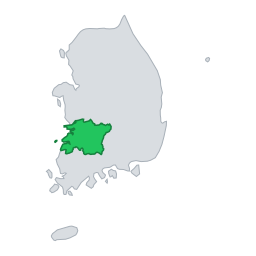 South Korea, with North Jeolla highlighted
{"feature_id": "KOR-2499", "entity_name": "North Jeolla", "entity_type": "Province", "adm_level": 1, "iso_a3": "KOR", "parent_name": "South Korea", "parent_adm1": "", "projection": "orthographic", "projection_center": [126.968, 35.705], "detail": "fine", "context": "in_parent", "style": "filled", "palette": "green", "viewbox_px": 256, "rotation_deg": 0, "n_neighbors": 0, "source": "natural_earth", "source_scale": "10m", "svg_char_len": 5694}
<svg xmlns="http://www.w3.org/2000/svg" viewBox="0 0 256 256"><path d="M68.1,50.6L69.2,49.8L69.2,48.7L69.2,45.0L72.1,42.4L76.2,37.1L78.2,34.3L80.5,31.6L83.1,29.8L85.7,28.9L89.7,28.5L97.5,28.8L99.0,28.5L104.4,28.2L105.7,28.7L109.7,28.9L114.0,28.6L116.2,27.8L118.2,26.4L119.9,24.0L121.7,19.5L123.6,16.0L124.7,15.4L133.0,33.8L140.9,45.6L147.6,54.2L157.3,70.7L160.3,79.6L160.7,85.1L162.4,92.7L161.2,97.1L161.8,104.0L161.3,107.5L160.2,110.2L160.3,115.2L160.7,117.8L160.8,121.4L161.6,122.7L162.7,123.2L164.4,121.9L166.5,121.3L166.3,125.6L164.0,136.5L161.9,144.4L159.1,151.3L155.3,157.7L150.7,160.2L147.4,161.2L141.2,161.6L136.0,160.6L131.5,161.5L129.7,162.8L128.4,165.1L129.5,168.5L129.4,171.1L127.5,170.9L123.6,169.5L119.4,169.3L117.5,168.6L115.4,165.0L113.4,165.1L109.9,167.3L104.5,167.9L102.6,169.1L102.0,170.6L102.8,172.5L105.5,175.0L104.6,177.6L101.8,178.9L99.5,175.7L98.0,172.7L96.5,172.5L94.0,173.4L93.5,176.7L94.7,179.0L96.6,181.6L93.9,184.6L93.2,186.8L91.3,188.3L86.1,184.9L86.9,182.5L89.1,180.1L89.4,177.7L88.6,176.2L81.3,182.4L76.7,189.4L74.3,188.9L73.2,187.1L71.8,186.3L66.9,190.8L66.0,194.4L64.1,194.5L63.4,193.0L63.3,189.8L62.5,187.0L57.4,183.0L55.1,179.6L56.4,177.6L60.6,178.7L64.0,178.6L63.3,176.9L62.2,176.2L64.5,175.2L66.3,173.3L64.8,172.8L62.4,173.9L60.5,173.4L59.7,168.8L57.3,164.1L56.1,159.6L58.5,157.0L59.7,153.0L61.9,147.1L63.0,145.2L66.1,143.9L67.2,142.4L65.5,141.6L62.9,140.9L62.9,139.2L64.7,138.3L66.8,136.4L70.7,134.1L71.9,129.9L70.8,128.8L68.3,127.8L68.9,125.6L69.9,124.0L69.5,123.0L66.7,120.2L64.8,117.6L65.4,114.7L64.9,110.4L65.2,106.7L65.1,104.7L63.7,100.2L63.1,95.7L61.3,96.4L59.8,97.5L54.6,95.9L52.9,95.7L52.3,92.4L54.2,88.3L58.7,84.7L61.2,84.3L63.2,82.7L66.2,82.2L69.8,84.7L73.0,85.2L74.8,89.4L75.9,90.3L76.2,88.8L78.8,86.9L79.4,85.6L78.8,84.8L75.8,84.1L73.1,78.8L72.8,76.5L71.8,75.0L73.2,70.8L70.1,66.0L68.6,64.5L68.9,60.2L67.3,57.4L66.4,55.9L65.8,53.3L66.3,52.1L67.7,51.7L68.1,50.6ZM56.8,239.7L55.3,240.6L53.8,240.1L53.4,239.6L51.7,237.3L51.3,236.0L52.5,233.7L57.3,229.9L69.7,226.3L71.9,226.1L76.8,227.7L77.8,230.7L76.9,233.2L75.8,234.9L70.1,237.8L65.7,239.2L56.8,239.7ZM139.6,173.9L136.4,176.5L132.0,173.2L130.9,171.3L134.2,168.4L136.9,165.2L138.7,165.0L139.6,173.9ZM116.5,173.9L116.2,178.0L113.8,178.2L112.3,175.6L110.8,176.9L110.0,176.9L108.8,173.7L108.5,171.2L111.4,169.2L113.1,170.4L115.6,170.9L116.5,173.9ZM53.9,192.1L51.8,192.7L50.5,191.3L49.7,190.9L50.2,189.0L53.8,185.4L54.5,184.1L57.8,184.9L59.0,186.9L57.4,189.8L53.9,192.1ZM64.4,52.4L64.2,57.9L62.4,57.7L61.2,57.1L60.7,56.0L59.5,50.9L60.9,48.9L63.5,50.5L64.4,52.4ZM52.0,177.1L51.5,178.1L50.0,177.8L48.5,174.9L47.9,172.7L46.4,171.4L48.8,169.5L51.9,173.0L52.0,177.1ZM60.7,104.1L60.3,106.7L58.1,105.0L57.5,99.1L59.7,100.8L60.7,104.1ZM209.1,60.6L207.7,61.9L205.8,60.7L205.6,59.4L206.4,58.2L208.6,57.5L209.6,58.4L209.1,60.6ZM71.7,193.3L72.3,195.3L69.5,194.9L68.1,193.0L68.3,191.4L69.9,191.1L71.7,193.3ZM107.5,181.9L107.1,183.2L105.4,181.3L107.1,179.2L107.5,181.9Z" fill="#d9dde1" stroke="#a8b0b8" stroke-width="1"/><path d="M61.1,150.6L60.7,150.1L60.5,149.7L60.8,148.7L61.3,147.5L62.3,145.3L63.0,144.2L64.2,143.8L65.4,143.6L66.5,143.5L67.0,143.1L67.5,142.5L68.1,142.3L68.7,143.0L69.3,143.7L69.8,143.9L69.4,142.3L69.1,141.6L68.5,141.3L63.8,142.1L62.1,141.0L62.2,139.9L62.2,139.5L63.0,139.1L63.7,138.4L64.4,137.7L65.4,137.1L66.6,136.4L67.6,135.1L67.7,133.9L68.2,133.6L68.6,133.3L68.8,133.1L70.0,133.0L71.2,133.2L72.0,133.8L72.5,133.9L72.8,134.5L73.0,134.2L73.1,133.7L73.2,133.2L72.7,132.9L72.4,132.6L71.7,132.3L71.0,131.8L70.4,131.4L70.1,131.2L70.2,130.8L70.5,130.5L70.8,130.2L71.1,130.2L73.0,130.3L73.4,130.3L73.7,130.1L73.9,129.7L73.9,129.4L74.1,129.2L74.6,129.1L74.5,128.7L74.2,128.4L73.8,128.2L73.7,128.3L71.2,129.3L70.4,129.3L68.8,129.2L67.1,129.1L67.1,128.4L67.0,127.4L66.7,127.1L65.7,126.8L64.2,127.0L64.1,125.8L67.2,125.4L68.8,125.2L70.5,125.1L71.0,124.8L71.6,125.0L72.3,124.6L73.5,123.7L75.1,123.1L75.8,122.6L75.8,122.0L73.9,122.6L75.4,120.7L77.0,120.6L78.9,120.2L82.4,119.1L83.6,119.3L83.3,121.1L84.0,122.2L85.0,122.1L85.9,121.7L87.8,121.3L88.3,121.2L88.8,120.9L89.5,120.8L89.9,120.1L90.5,119.5L91.5,120.5L93.1,123.2L94.2,123.7L94.6,123.8L94.8,124.3L94.6,124.7L94.7,125.1L96.7,125.3L97.4,125.1L98.4,125.1L99.4,124.8L100.2,124.1L101.0,123.3L101.3,123.6L101.6,123.9L101.9,123.8L102.1,123.5L102.6,123.9L103.1,124.5L104.7,124.9L105.0,125.3L105.5,125.5L106.6,124.8L107.8,124.2L108.3,124.7L108.8,125.0L109.2,124.6L109.7,124.1L111.1,126.5L110.9,129.1L109.7,130.4L109.4,131.3L107.7,132.2L106.9,132.5L106.4,132.4L106.1,132.6L105.5,134.0L104.8,134.8L104.0,135.5L103.6,136.6L103.5,137.8L103.1,138.8L102.6,139.8L102.2,141.0L101.9,142.3L101.5,143.3L101.5,144.3L102.3,144.7L102.5,145.1L102.5,145.7L102.9,146.6L102.8,147.7L103.2,148.5L103.7,148.8L103.5,150.0L102.1,151.7L101.9,152.8L101.8,153.8L101.1,154.5L99.2,153.0L97.0,152.2L95.8,152.9L94.8,154.0L93.7,154.1L92.6,154.1L91.4,154.3L90.1,154.3L89.6,153.9L89.0,153.5L88.5,153.7L87.7,153.7L86.7,153.9L85.8,154.5L84.5,154.3L83.7,153.4L83.7,152.0L83.0,151.2L82.8,150.5L83.1,149.3L82.4,148.2L81.4,148.3L81.2,148.7L80.9,149.0L80.6,149.6L80.6,150.2L79.5,150.2L77.9,148.0L76.9,147.2L76.3,146.9L75.7,146.9L75.1,147.6L74.0,147.5L73.1,148.2L73.1,148.8L73.2,149.3L72.8,149.8L72.4,150.1L72.4,150.6L72.5,151.0L72.2,151.6L71.8,152.0L71.2,152.2L70.6,152.4L70.1,152.7L69.7,153.0L68.6,153.2L67.5,153.6L66.5,153.8L65.6,153.5L65.7,152.4L65.9,151.3L66.1,149.8L65.1,149.5L61.8,150.4L61.1,150.6L61.1,150.6ZM55.1,142.3L55.0,142.1L54.9,141.9L55.0,141.6L55.3,141.4L55.1,141.2L55.4,141.0L55.5,140.9L55.8,140.8L55.8,140.6L56.3,140.6L56.5,140.4L56.8,140.4L56.9,140.7L56.8,141.0L56.1,141.5L55.7,142.0L55.4,142.2L55.3,142.3L55.1,142.3Z" fill="#22c55e" stroke="#15803d" stroke-width="1.5"/></svg>